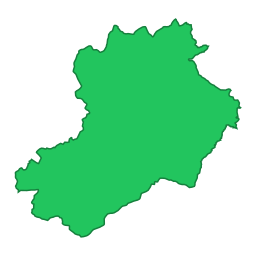 Inza, Cauca, Colombia
{"feature_id": "7082276B42793488331490", "entity_name": "Inza", "entity_type": "district", "adm_level": 2, "iso_a3": "COL", "parent_name": "Colombia", "parent_adm1": "Cauca", "projection": "mercator", "projection_center": [-76.088, 2.499], "detail": "fine", "context": "isolated", "style": "filled", "palette": "green", "viewbox_px": 256, "rotation_deg": 0, "n_neighbors": 0, "source": "geoboundaries", "source_scale": "gbopen_adm2", "svg_char_len": 5755}
<svg xmlns="http://www.w3.org/2000/svg" viewBox="0 0 256 256"><path d="M236.8,128.4L236.6,127.7L235.9,127.2L236.4,124.9L235.1,123.0L237.5,121.3L238.9,119.5L238.7,118.5L238.4,118.1L236.8,118.1L236.2,117.7L236.6,117.0L237.7,116.7L237.9,116.5L237.0,112.1L237.2,108.4L237.7,107.9L240.1,108.1L240.6,107.7L239.2,106.6L238.9,106.1L239.4,103.0L237.8,100.1L237.5,100.0L236.0,100.2L234.4,100.0L233.9,99.6L233.0,97.1L230.6,96.6L229.4,95.9L229.0,94.8L229.1,93.3L230.3,90.9L230.9,90.5L230.0,89.3L228.7,89.0L226.7,89.6L225.8,90.1L220.5,89.9L215.1,86.4L214.0,85.3L212.5,84.8L211.3,84.2L209.5,82.9L207.7,80.7L206.5,80.3L204.7,78.6L201.8,77.1L200.9,75.8L198.9,74.9L198.5,74.2L198.1,72.1L196.0,67.4L196.2,66.2L195.9,65.2L193.8,61.7L192.3,60.6L190.0,60.8L189.3,60.6L188.6,59.8L188.6,59.3L189.1,58.9L191.0,59.1L191.6,58.7L192.4,58.6L195.2,55.3L196.4,54.8L197.4,54.7L200.0,52.9L201.8,52.5L201.9,52.1L204.1,52.0L204.4,51.5L204.4,51.0L205.7,50.2L207.0,49.1L207.6,48.2L207.6,47.5L208.4,46.2L206.8,46.0L206.1,45.2L204.1,45.3L203.0,45.5L202.7,46.0L201.6,46.8L201.1,46.7L199.4,47.6L199.1,47.6L198.8,47.3L198.3,47.6L197.6,47.5L197.4,46.8L196.9,46.5L196.6,45.8L195.3,45.2L195.1,44.7L195.2,44.0L196.2,42.9L195.9,40.8L194.8,40.3L194.8,39.7L193.9,39.4L192.2,38.1L192.1,36.1L191.2,34.4L190.6,33.8L190.6,31.5L191.4,30.5L192.1,29.1L191.6,28.6L191.1,24.8L189.4,24.9L188.0,23.9L187.1,24.2L186.7,23.8L186.6,22.7L186.2,22.5L184.8,23.2L182.5,25.1L180.2,25.8L179.3,25.8L177.8,22.5L176.6,21.0L176.2,19.7L175.6,19.1L174.2,20.1L172.5,22.2L171.7,23.6L171.2,25.1L169.9,25.7L168.8,26.6L166.0,26.8L165.1,26.6L163.3,26.9L162.6,27.9L156.5,31.5L154.7,34.0L153.7,36.0L153.1,36.7L152.5,36.8L150.9,35.0L148.7,33.6L147.0,30.2L146.0,27.7L145.4,26.8L144.4,26.7L142.6,27.0L138.9,29.0L135.5,31.5L134.4,32.9L133.8,34.2L132.6,34.3L128.1,33.6L126.0,33.9L123.6,33.3L122.6,31.9L120.7,31.3L120.1,30.8L119.3,29.3L118.1,28.4L118.0,26.8L116.3,25.6L114.9,25.4L114.3,25.6L113.9,26.2L112.5,30.8L110.4,32.1L108.7,34.5L108.4,37.7L107.6,39.5L107.1,43.7L106.6,45.0L106.3,46.8L104.2,50.5L103.1,51.3L100.6,52.3L100.2,52.3L99.5,52.0L98.4,50.8L96.6,49.7L93.8,49.9L93.0,49.5L91.3,46.4L90.2,45.9L88.9,46.0L86.1,47.6L84.6,48.7L83.1,49.4L81.9,49.4L80.6,49.8L79.1,50.7L78.8,51.6L78.9,53.0L77.2,54.9L76.0,58.8L74.2,62.4L74.0,64.0L74.5,66.6L73.4,70.2L73.3,71.6L76.0,74.3L77.9,79.1L81.6,85.9L81.3,86.9L80.5,88.1L79.0,89.5L76.6,90.9L75.4,92.0L75.7,95.6L76.6,97.2L77.5,98.2L80.3,98.4L81.6,98.8L82.7,99.8L84.5,102.3L85.9,103.1L86.8,104.0L86.8,104.9L85.2,107.7L85.2,108.4L86.5,109.7L88.6,110.7L89.7,112.9L89.3,113.6L87.0,114.3L86.6,116.2L85.7,117.7L83.9,118.4L82.4,119.4L82.3,119.7L82.6,120.8L83.4,121.8L82.4,126.1L83.3,127.5L83.4,129.7L81.8,131.1L80.3,131.8L77.4,137.9L76.8,138.8L74.4,139.4L73.3,140.1L72.0,139.2L71.7,137.8L71.2,137.6L69.4,139.1L69.3,140.3L69.0,140.9L69.2,141.7L69.1,142.0L67.4,142.4L64.8,142.2L63.1,144.3L60.7,143.4L60.2,143.6L56.6,145.6L54.9,147.7L54.1,147.2L51.2,148.7L50.5,148.8L49.0,148.8L46.8,148.1L46.4,148.7L45.2,149.0L43.4,148.4L41.5,148.2L39.8,148.9L38.1,150.3L36.7,151.7L36.5,152.5L39.5,155.5L41.2,157.8L41.2,158.1L38.6,163.5L38.2,163.5L36.1,162.5L31.5,159.4L30.7,160.6L29.3,161.2L29.2,161.7L29.8,162.7L29.3,163.2L28.2,163.7L28.0,165.3L26.6,168.5L25.9,169.4L24.7,169.9L23.5,169.9L22.7,169.3L21.9,168.1L21.2,167.9L19.6,168.8L18.5,170.5L16.1,171.8L15.4,172.8L15.6,174.6L15.5,177.1L15.7,177.9L16.8,179.4L17.4,181.0L17.4,181.9L16.4,184.7L15.6,186.1L16.4,188.3L18.4,189.8L18.3,192.1L20.6,190.4L26.8,190.5L31.1,190.0L34.8,190.0L36.8,189.6L38.2,189.6L38.3,190.9L38.0,191.9L37.3,193.0L34.3,195.6L34.1,198.7L33.0,200.0L31.8,202.0L31.7,202.6L32.0,203.2L32.7,203.8L33.9,204.1L33.7,205.7L33.7,208.2L33.4,208.7L32.1,209.4L32.0,212.0L31.7,212.5L31.9,213.0L32.6,213.8L34.3,214.8L35.0,216.1L37.0,217.0L40.0,217.6L42.0,219.0L44.0,219.3L47.7,220.4L50.3,217.8L53.4,217.1L54.9,216.4L56.4,216.1L58.2,216.1L58.9,216.4L59.9,217.7L61.1,217.8L62.0,218.7L62.6,221.4L62.4,223.5L63.0,224.1L64.0,224.8L65.3,225.2L69.1,225.6L69.5,226.2L69.4,229.1L70.2,230.0L73.6,232.5L75.1,233.9L77.3,234.7L79.5,235.1L81.0,236.9L83.6,236.6L86.8,235.7L88.5,234.7L90.3,233.1L91.8,231.1L93.5,229.5L100.0,227.1L100.6,226.7L103.1,225.4L104.1,224.6L104.3,223.6L104.2,218.8L105.1,217.0L107.5,214.0L110.1,213.3L112.4,213.2L114.1,212.8L118.0,210.5L121.7,206.7L122.7,206.1L126.1,205.3L127.0,204.6L127.7,203.5L128.4,203.1L130.6,202.4L133.7,201.1L137.7,200.0L139.5,199.0L140.0,198.3L141.3,193.6L142.1,193.1L146.0,191.6L148.2,190.2L150.3,187.0L151.4,184.3L151.9,184.1L154.3,184.4L154.6,184.0L154.6,182.2L154.9,181.8L155.2,181.6L156.5,181.9L157.6,181.8L158.7,179.8L160.1,178.2L162.7,178.2L165.1,178.4L169.2,180.1L171.0,180.0L173.7,181.3L175.0,181.2L175.9,181.5L177.1,182.1L178.4,183.4L179.6,183.9L182.0,184.5L184.3,184.5L186.2,185.1L189.4,187.5L192.0,187.1L194.4,186.3L194.9,185.1L195.0,182.8L197.2,178.0L197.5,174.5L199.6,172.9L200.4,168.5L201.2,167.5L201.2,165.2L201.5,164.5L201.2,163.7L201.4,163.1L200.7,161.6L201.6,160.8L202.1,159.2L202.8,158.7L204.0,157.4L205.5,156.8L206.8,155.3L207.2,154.5L208.3,153.7L210.7,152.6L210.9,152.2L211.0,151.3L211.8,150.8L212.0,150.4L212.0,150.0L211.5,149.5L212.4,148.6L213.3,148.3L214.9,147.3L214.8,146.4L215.2,145.8L214.5,145.2L214.8,144.7L215.7,144.5L216.1,143.8L215.9,142.9L217.1,141.8L217.3,141.2L219.0,140.9L219.7,140.2L220.6,140.2L220.3,139.1L220.9,138.1L221.4,138.3L221.6,138.0L221.5,137.1L221.8,136.7L221.8,136.0L222.1,135.5L221.9,135.0L222.2,134.6L222.0,133.8L222.6,131.5L223.2,131.4L223.8,130.5L223.8,129.9L224.6,129.6L224.9,128.9L225.3,128.6L225.3,127.8L226.2,126.7L226.0,126.1L226.5,125.6L226.4,125.2L227.8,124.9L228.7,124.9L229.3,125.9L230.0,126.0L230.4,126.6L230.9,126.4L231.6,126.8L233.0,126.6L233.4,126.9L233.2,127.7L234.7,127.6L235.3,128.0L235.6,127.8L236.8,128.4Z" fill="#22c55e" stroke="#15803d" stroke-width="1.5"/></svg>